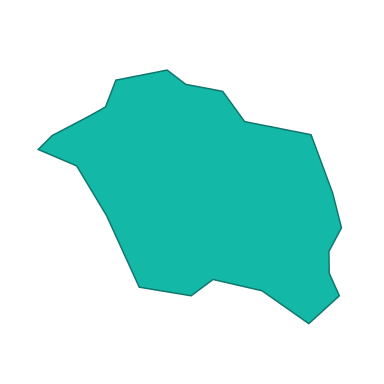 Żejtun, orthographic projection, rotated 6°
{"feature_id": "MLT-5961", "entity_name": "Żejtun", "entity_type": "state/province", "adm_level": 1, "iso_a3": "MLT", "parent_name": "Malta", "parent_adm1": "", "projection": "orthographic", "projection_center": [14.531, 35.854], "detail": "fine", "context": "isolated", "style": "filled", "palette": "teal", "viewbox_px": 384, "rotation_deg": 6, "n_neighbors": 0, "source": "natural_earth", "source_scale": "10m", "svg_char_len": 447}
<svg xmlns="http://www.w3.org/2000/svg" viewBox="0 0 384 384"><g transform="rotate(6 192 192)"><path d="M321.9,310.7L271.9,282.9L222.0,276.8L202.0,295.3L149.5,292.2L109.5,224.4L74.6,178.1L34.6,165.8L47.1,150.4L79.6,128.8L97.1,116.5L104.6,88.7L124.5,82.6L154.5,73.3L174.5,85.6L212.0,88.7L237.0,116.5L304.4,122.6L331.9,178.1L344.4,212.0L334.4,236.7L336.9,258.3L349.4,279.8L321.9,310.7Z" fill="#14b8a6" stroke="#0f766e" stroke-width="1.5"/></g></svg>